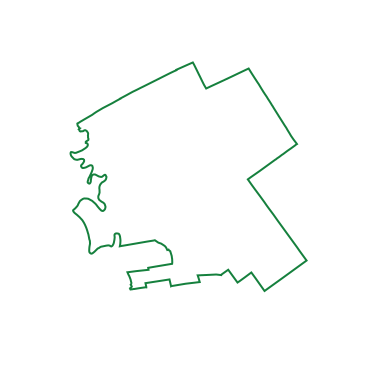 the district of Albesti, Ialomita, Romania, rotated 234°
{"feature_id": "2599482B37276216351918", "entity_name": "Albesti", "entity_type": "district", "adm_level": 2, "iso_a3": "ROU", "parent_name": "Romania", "parent_adm1": "Ialomita", "projection": "natural_earth1", "projection_center": [27.12, 44.529], "detail": "fine", "context": "isolated", "style": "outline", "palette": "green", "viewbox_px": 384, "rotation_deg": 234, "n_neighbors": 0, "source": "geoboundaries", "source_scale": "gbopen_adm2", "svg_char_len": 5600}
<svg xmlns="http://www.w3.org/2000/svg" viewBox="0 0 384 384"><g transform="rotate(234 192 192)"><path d="M296.3,268.8L297.8,261.9L298.2,260.0L300.1,251.1L299.7,251.0L300.3,248.2L301.0,244.4L301.9,239.0L304.9,220.7L305.9,214.7L306.4,211.9L307.1,207.5L307.9,203.1L308.2,200.9L308.8,196.1L309.3,192.4L309.8,188.8L309.6,188.8L310.2,184.3L310.7,179.8L311.5,174.5L312.3,169.2L313.0,161.8L313.1,159.3L313.1,156.6L314.1,146.9L314.3,144.7L314.5,142.9L314.5,142.3L314.5,141.7L314.6,141.0L314.8,139.6L314.6,139.3L314.2,139.2L313.5,138.8L312.8,138.5L312.1,138.5L311.4,138.7L310.5,138.4L310.1,138.4L309.4,138.8L309.2,137.2L308.6,137.3L308.1,137.2L307.8,137.1L307.4,137.0L307.2,137.0L306.8,137.2L306.3,137.6L306.2,138.0L306.0,138.4L305.5,139.1L305.3,139.5L305.2,140.0L305.2,140.6L305.2,141.1L305.0,141.5L304.8,141.9L304.3,142.2L303.5,142.6L302.7,142.7L301.0,142.6L300.3,142.3L299.7,141.8L299.1,141.3L298.9,141.0L298.5,140.8L298.1,140.6L297.0,139.8L296.3,139.6L295.7,139.4L295.0,138.6L295.1,135.8L295.0,135.5L294.1,134.9L293.9,135.1L292.9,135.8L291.8,135.7L290.8,134.9L290.3,133.7L290.1,131.8L290.2,129.8L290.3,127.5L290.8,125.4L291.9,121.1L292.7,119.9L294.4,118.7L295.1,118.0L295.4,117.5L295.1,116.9L294.3,116.2L293.3,115.8L292.5,115.6L291.6,115.5L290.8,115.6L289.4,115.8L288.5,115.9L287.7,116.1L287.0,116.6L286.2,117.3L285.5,118.0L285.2,118.7L284.2,121.2L283.8,122.0L283.2,122.7L282.6,123.3L281.6,123.6L280.5,123.0L280.0,122.3L279.6,121.4L279.1,120.0L278.9,118.7L278.7,118.0L278.3,117.6L277.8,117.3L276.9,117.3L276.0,117.4L275.5,117.8L275.2,118.4L274.7,119.4L274.2,120.9L273.9,123.0L273.8,123.7L273.7,124.4L273.5,125.3L273.1,125.9L272.7,126.3L272.2,126.6L271.7,126.7L271.1,126.5L269.9,126.0L269.2,125.4L268.5,124.6L267.0,122.4L266.3,121.2L265.7,120.1L264.4,117.7L263.8,116.3L263.1,115.5L262.3,114.4L261.4,113.4L260.7,113.2L259.6,113.5L259.0,114.1L259.1,114.9L259.5,115.7L260.1,116.4L261.1,117.2L262.6,118.7L263.8,120.1L264.2,121.1L264.2,122.0L264.0,122.7L263.2,123.8L262.8,124.1L261.2,124.9L260.1,125.4L259.2,125.9L257.6,127.3L257.2,128.2L257.3,131.0L257.1,131.7L256.7,132.0L255.9,131.9L254.5,131.7L253.8,131.0L253.0,130.0L252.6,129.2L252.4,127.9L252.4,126.3L252.6,125.4L252.6,124.3L252.3,123.6L252.1,122.5L251.7,121.7L250.9,120.5L250.2,119.8L249.3,119.1L248.2,118.5L245.9,116.9L245.3,116.2L244.5,115.1L244.1,114.3L243.5,113.6L242.8,113.1L242.0,112.6L240.2,112.3L237.4,113.1L235.7,113.9L234.4,114.2L233.3,114.2L232.2,113.8L231.2,113.5L230.4,112.9L229.4,111.7L229.1,111.0L228.9,109.9L228.9,109.1L229.3,108.4L229.8,108.0L230.4,107.7L232.9,107.3L235.9,107.1L237.3,107.1L239.0,107.0L240.5,106.7L243.6,106.0L244.8,105.4L246.7,104.5L247.6,104.0L248.9,102.6L249.2,102.1L249.7,101.6L250.0,101.2L250.2,100.8L250.4,100.2L250.6,99.4L250.6,98.7L250.6,98.0L250.6,97.3L250.6,96.3L250.1,95.0L249.2,93.1L248.5,92.0L248.0,90.8L247.4,87.9L247.2,85.6L247.1,85.1L246.7,84.8L246.0,84.6L245.3,84.6L244.1,84.7L242.6,85.1L241.2,85.5L237.4,86.3L236.1,86.4L234.8,86.6L233.4,86.7L230.6,86.5L228.1,86.1L225.1,85.4L222.8,84.7L221.9,84.4L219.7,83.6L218.7,83.3L215.7,81.9L214.0,81.1L212.6,80.7L211.8,80.2L210.1,79.1L208.0,76.9L207.0,76.0L205.9,75.1L204.6,74.1L203.4,73.6L202.6,73.7L201.9,73.9L201.3,74.3L201.0,74.9L200.9,76.0L201.0,77.9L201.7,82.5L201.4,83.7L201.4,84.8L201.2,86.3L200.7,87.3L200.2,88.4L199.0,91.1L198.2,92.6L197.6,93.4L196.8,94.0L196.1,94.2L195.4,94.7L195.3,95.2L195.3,96.0L195.7,97.0L196.0,97.6L196.4,98.3L197.2,99.3L197.7,99.8L198.9,101.1L200.0,102.1L200.9,102.9L202.0,103.5L202.6,103.9L203.1,104.4L203.3,104.9L203.3,105.7L203.0,106.4L202.6,106.9L202.0,107.6L201.2,108.2L200.2,108.2L198.5,107.7L195.9,106.3L194.5,105.4L192.0,103.3L190.5,101.7L190.1,102.6L189.5,103.8L187.4,108.0L178.4,126.3L175.3,132.4L174.8,133.6L170.8,135.0L168.4,136.7L165.3,137.9L164.0,138.3L162.4,138.4L159.6,137.9L159.2,139.1L158.8,139.0L156.9,139.6L152.2,138.0L150.4,137.0L149.5,136.6L146.7,134.7L145.6,133.7L153.2,118.5L156.4,112.0L154.6,111.1L160.7,100.5L165.0,92.6L162.4,92.0L160.8,91.8L157.4,90.9L155.3,90.0L154.4,89.7L153.5,89.0L152.9,88.1L152.9,87.9L151.7,87.9L151.4,87.7L150.8,87.6L150.7,87.0L150.5,86.4L150.5,85.9L150.5,85.3L150.3,85.3L149.6,84.9L149.3,84.9L149.1,85.3L148.8,85.8L148.4,86.5L147.8,87.8L147.5,88.2L145.6,92.0L144.0,95.1L142.1,98.6L141.7,99.0L141.8,99.1L145.6,100.8L145.5,101.0L137.4,116.7L134.5,122.4L128.1,119.7L128.1,119.8L122.8,130.4L121.5,133.0L114.6,145.3L118.1,146.6L121.2,147.6L116.1,155.3L111.0,163.1L107.6,166.8L107.9,167.1L107.8,175.6L92.0,175.6L91.9,178.2L91.9,184.4L92.0,192.7L84.8,192.7L69.3,192.5L69.2,214.8L69.2,219.5L69.2,244.4L72.1,244.4L75.8,244.4L81.1,244.4L85.5,244.5L88.6,244.5L90.0,244.5L92.2,244.5L97.3,244.5L106.7,244.5L112.6,244.5L118.6,244.5L125.8,244.6L133.2,244.5L137.2,244.5L141.5,244.6L148.8,244.6L157.0,244.5L162.6,244.5L169.4,244.6L169.4,248.6L169.3,253.8L169.2,259.1L169.2,261.7L169.2,265.5L169.2,271.1L169.2,274.5L169.2,278.2L169.1,279.2L169.2,280.3L169.1,283.3L169.2,286.6L169.1,288.0L169.2,293.1L169.1,298.0L169.1,299.0L169.1,300.4L169.1,302.5L169.2,304.0L169.1,305.1L170.7,305.1L174.6,305.0L179.1,305.1L182.1,305.4L186.0,305.7L188.6,306.0L191.4,306.1L194.3,306.3L199.1,306.6L200.5,306.7L202.7,306.8L202.9,306.9L203.4,306.9L207.9,307.2L210.7,307.4L210.9,307.4L214.3,307.7L215.3,307.7L217.2,307.9L218.9,308.0L220.4,308.1L222.8,308.2L224.8,308.4L227.8,308.5L228.5,308.5L229.9,308.6L230.7,308.6L231.9,308.7L234.7,308.9L240.4,309.4L241.6,309.4L247.6,309.7L252.8,310.0L258.6,310.4L259.1,307.8L260.8,298.7L262.2,291.1L264.6,278.7L266.4,269.6L267.4,264.3L271.6,264.7L275.8,265.4L281.4,266.4L282.7,266.6L287.8,267.5L293.7,268.5L296.3,268.8Z" fill="none" stroke="#15803d" stroke-width="2"/></g></svg>